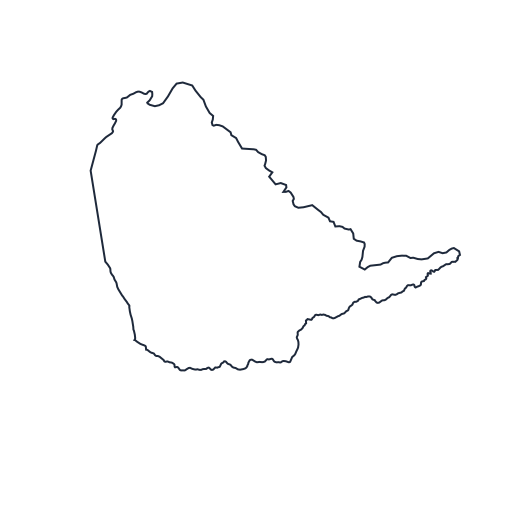 the district of Birao, Vakaga, Central African Republic, rotated 202°
{"feature_id": "33826404B56670707739048", "entity_name": "Birao", "entity_type": "district", "adm_level": 2, "iso_a3": "CAF", "parent_name": "Central African Republic", "parent_adm1": "Vakaga", "projection": "mercator", "projection_center": [22.276, 9.995], "detail": "fine", "context": "isolated", "style": "outline", "palette": "slate", "viewbox_px": 512, "rotation_deg": 202, "n_neighbors": 0, "source": "geoboundaries", "source_scale": "gbopen_adm2", "svg_char_len": 6086}
<svg xmlns="http://www.w3.org/2000/svg" viewBox="0 0 512 512"><g transform="rotate(202 256 256)"><path d="M416.2,369.3L417.1,368.3L417.7,367.0L418.1,365.5L419.1,364.8L420.6,364.5L423.3,364.8L425.7,364.7L427.0,364.2L428.0,363.4L428.5,363.0L430.5,360.5L433.0,358.3L435.0,354.7L436.0,353.9L438.2,352.5L438.7,352.0L439.0,351.4L439.1,350.5L437.3,346.0L437.2,344.4L437.3,343.5L437.4,342.7L438.6,340.1L439.6,337.4L440.5,333.4L440.8,330.7L440.6,330.0L440.1,329.6L439.4,329.5L438.2,330.3L437.5,330.4L436.9,330.1L436.5,329.5L436.3,328.9L436.5,326.1L436.9,323.6L437.1,321.0L436.7,319.6L435.3,318.2L435.2,317.5L435.6,315.9L439.4,310.3L440.3,308.5L442.9,302.5L444.4,300.2L444.7,299.3L443.8,293.6L441.3,273.2L393.6,194.3L390.2,192.5L386.9,190.2L386.4,189.7L385.8,188.6L385.5,187.9L384.9,186.8L384.0,185.8L382.3,184.6L381.1,184.0L380.0,183.2L378.4,181.2L375.7,179.2L374.9,178.2L373.1,175.4L371.2,173.6L365.3,169.2L364.1,168.6L361.9,167.0L358.4,164.9L357.4,164.1L355.0,162.7L354.6,162.2L354.5,161.4L352.2,157.4L350.3,154.6L347.8,151.6L346.3,149.4L343.3,144.4L342.1,141.9L341.2,141.0L338.9,137.7L337.3,134.7L337.1,134.0L337.1,133.2L337.2,132.6L336.5,132.7L334.3,132.0L330.3,131.2L327.7,131.2L327.0,131.3L325.1,131.2L324.4,130.9L324.0,130.3L322.8,128.0L322.1,128.2L321.3,128.2L318.3,127.3L316.6,127.1L315.9,127.3L314.1,127.3L312.4,126.2L311.6,126.0L310.8,126.0L309.5,126.5L307.7,126.5L302.6,124.9L301.6,124.0L300.8,123.9L300.1,124.1L299.0,124.9L298.4,125.1L296.0,125.1L295.3,125.4L293.8,125.6L292.2,125.3L291.5,125.1L290.9,124.7L290.0,122.9L289.4,122.5L288.9,122.7L287.8,123.5L287.0,123.6L285.7,123.0L284.0,121.9L283.2,121.8L282.4,121.9L281.9,122.2L279.2,123.2L278.4,124.2L278.1,124.8L276.5,126.9L275.3,127.6L272.8,127.5L270.5,127.8L269.1,128.2L268.0,129.0L265.7,129.3L264.3,129.8L263.0,131.1L261.8,131.8L259.9,132.6L259.5,133.1L259.3,133.8L258.3,134.7L257.6,134.8L254.9,133.7L254.1,133.9L253.1,134.7L252.0,137.4L250.0,138.0L249.5,138.6L248.5,139.3L248.1,139.8L247.9,143.1L247.5,143.8L246.7,144.7L246.3,145.4L246.2,146.2L245.7,146.6L245.0,146.8L244.2,146.7L242.3,145.7L241.6,145.5L239.3,145.6L238.6,145.4L236.8,144.4L235.2,144.1L232.9,144.5L230.3,144.1L228.2,144.6L225.4,146.4L223.9,147.7L223.2,148.8L222.8,150.4L223.0,151.1L222.8,152.9L223.1,154.3L222.8,156.8L222.5,157.4L221.4,158.2L220.6,158.4L217.2,157.8L215.5,157.8L214.8,158.1L213.1,159.1L211.0,159.7L209.8,160.2L208.3,161.4L207.2,164.2L206.8,164.6L205.3,164.9L203.2,166.5L202.5,166.7L201.7,166.5L200.1,165.3L199.4,165.0L198.6,164.9L197.9,165.0L197.1,165.1L195.3,166.0L193.8,166.3L193.2,166.6L192.1,168.3L191.1,169.0L188.9,169.6L186.4,169.7L185.7,169.8L185.1,170.2L184.7,170.7L184.6,175.9L183.3,178.3L182.9,179.9L182.9,182.4L182.7,185.2L182.7,186.9L183.4,189.8L184.5,192.2L185.7,193.8L186.7,194.6L187.6,195.6L187.8,196.3L187.7,198.0L187.8,198.7L188.7,200.5L188.8,201.3L187.9,203.2L186.6,204.7L185.8,206.7L185.7,208.5L185.4,209.3L185.0,209.8L184.9,210.4L185.0,211.2L184.3,212.3L185.5,214.8L185.2,215.5L184.8,216.0L184.6,216.8L180.9,217.5L180.5,218.1L180.4,219.7L179.3,221.4L179.1,223.1L178.7,223.7L178.2,224.1L176.0,224.5L174.5,225.8L173.0,226.0L171.3,227.1L170.5,227.1L169.8,227.3L168.3,227.0L166.9,227.3L166.1,227.4L164.6,226.9L163.1,227.2L162.4,227.0L161.6,227.0L160.9,227.2L159.8,228.0L157.3,231.0L156.3,231.8L154.9,234.2L152.8,235.8L152.2,237.1L151.7,238.5L150.4,240.0L150.2,240.7L150.4,242.3L150.2,244.0L149.9,244.6L149.1,245.7L148.4,247.0L148.4,248.7L148.2,249.4L147.4,250.5L146.1,251.0L144.8,252.4L144.5,253.2L144.6,254.0L144.2,254.6L143.2,255.4L142.4,256.4L141.4,257.3L140.8,257.6L139.5,259.0L138.7,259.1L138.1,259.5L137.2,260.3L136.6,260.6L135.6,261.0L134.8,261.1L133.3,260.6L132.9,260.1L131.7,259.4L129.3,259.5L128.8,259.0L126.9,258.1L126.0,258.0L124.8,258.6L124.3,259.0L122.5,261.9L122.0,262.3L120.2,263.2L119.3,264.2L118.4,266.1L117.6,267.2L117.1,267.6L116.6,269.0L116.2,270.5L115.8,271.0L115.3,271.5L112.4,272.1L111.9,272.5L111.0,273.4L110.3,274.6L109.3,275.4L107.7,276.5L107.3,277.0L107.0,277.8L105.8,279.2L105.8,280.9L105.7,281.7L105.0,282.9L104.8,284.6L104.5,285.3L104.1,285.9L101.5,286.8L100.6,287.7L99.6,288.5L98.7,288.5L98.2,288.2L97.5,287.1L96.9,286.7L96.2,286.6L94.9,288.1L93.9,288.9L93.0,289.9L92.6,290.4L92.4,291.2L93.0,293.2L92.9,294.1L92.5,294.6L90.9,295.7L90.9,296.3L90.7,297.0L89.8,298.0L89.7,298.9L90.5,300.0L90.2,300.6L89.4,301.7L89.4,302.5L90.2,303.6L90.2,304.4L89.7,304.7L88.8,304.7L87.4,305.1L87.6,305.7L88.8,307.2L88.6,308.0L88.1,308.4L87.3,308.4L85.7,308.0L84.9,308.1L84.6,308.8L84.7,309.4L84.5,310.2L82.0,311.3L81.4,312.5L80.6,314.6L79.8,315.7L78.8,316.5L76.9,319.3L76.5,319.7L75.1,320.2L73.4,321.2L72.3,323.8L71.2,324.5L70.5,324.6L69.3,325.3L69.0,325.3L67.8,327.8L67.9,328.6L68.4,329.3L67.9,329.5L68.3,330.9L68.4,331.7L67.3,333.4L69.4,336.4L75.5,337.5L77.3,336.2L79.0,334.1L80.8,330.6L84.0,328.5L88.3,328.2L92.0,325.2L95.8,318.1L101.2,314.9L104.9,313.8L109.6,313.3L112.0,312.0L116.9,312.5L121.2,310.8L125.3,308.6L129.4,305.2L131.1,299.5L133.5,298.3L135.4,297.0L137.3,294.7L146.4,289.8L148.3,287.5L150.1,284.2L156.1,284.8L157.2,289.5L156.7,292.1L157.0,295.0L158.7,300.9L158.8,305.3L159.7,307.8L160.9,309.0L164.5,308.7L168.5,307.9L171.8,308.6L174.3,313.3L178.4,316.3L179.8,315.3L184.2,314.6L186.7,315.4L189.8,314.9L193.5,313.1L196.9,316.7L200.4,315.9L203.2,318.7L209.1,319.4L212.2,321.1L215.6,322.0L222.9,324.2L230.2,319.0L234.8,316.6L238.6,316.7L240.5,317.9L242.6,320.8L242.3,323.1L243.4,324.8L247.6,327.8L250.2,328.5L252.4,326.6L254.6,325.7L253.5,331.0L254.7,333.1L260.4,332.9L264.7,329.8L273.5,334.5L272.2,339.7L275.9,340.2L279.8,341.2L281.9,342.9L282.0,344.9L282.5,348.4L284.1,351.6L285.7,352.7L288.7,352.6L292.9,353.1L295.7,354.5L298.0,354.1L309.2,350.4L315.5,355.2L318.6,357.9L324.1,358.8L325.9,361.2L335.4,363.7L339.1,363.5L342.0,362.7L344.0,361.0L345.4,361.1L347.0,363.2L347.2,366.4L348.2,369.8L352.5,371.2L358.5,375.9L363.3,381.2L366.8,382.6L374.1,386.7L379.0,390.2L388.9,389.4L394.2,386.1L396.1,380.2L397.4,371.0L399.4,362.8L402.3,359.5L405.9,357.0L411.2,356.4L413.7,356.9L414.3,357.5L412.9,360.5L412.1,365.2L412.8,367.3L413.8,369.2L416.2,369.3Z" fill="none" stroke="#1e293b" stroke-width="2"/></g></svg>